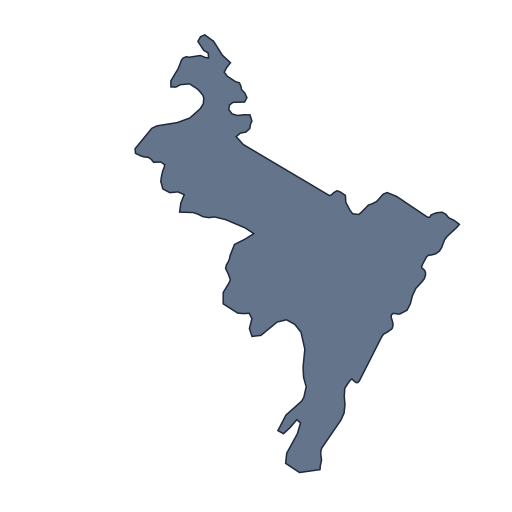 the State of Ogun, rotated 211°
{"feature_id": "NGA-2852", "entity_name": "Ogun", "entity_type": "State", "adm_level": 1, "iso_a3": "NGA", "parent_name": "Nigeria", "parent_adm1": "", "projection": "natural_earth1", "projection_center": [3.522, 7.137], "detail": "fine", "context": "isolated", "style": "filled", "palette": "slate", "viewbox_px": 512, "rotation_deg": 211, "n_neighbors": 0, "source": "natural_earth", "source_scale": "10m", "svg_char_len": 2686}
<svg xmlns="http://www.w3.org/2000/svg" viewBox="0 0 512 512"><g transform="rotate(211 256 256)"><path d="M110.3,200.0L110.8,199.6L111.0,198.5L111.4,196.7L111.8,188.4L108.0,181.1L103.0,174.1L99.6,166.7L98.7,158.9L99.1,152.4L100.7,125.6L100.2,122.7L98.7,119.9L94.6,114.6L92.7,108.9L91.3,106.4L91.2,105.7L92.3,104.9L107.2,92.8L123.8,93.5L128.1,102.8L129.0,125.0L131.9,135.9L136.7,136.7L138.4,126.5L140.9,117.8L147.3,117.6L148.4,135.1L142.1,155.3L142.2,159.4L145.6,169.7L152.8,176.6L158.4,184.9L166.1,201.2L178.1,213.8L187.5,217.4L197.1,217.0L203.9,210.2L210.9,190.5L218.0,185.0L224.3,190.4L227.2,200.1L232.3,203.4L237.2,200.1L242.4,197.6L259.5,198.1L265.3,207.8L265.3,218.9L265.7,222.3L270.7,226.5L275.7,229.7L276.8,233.1L276.8,236.9L277.3,240.0L278.4,242.9L280.4,254.8L274.1,264.8L269.4,274.0L279.7,274.5L300.9,271.5L311.5,268.2L316.2,264.6L321.7,262.4L326.8,262.0L332.0,261.0L344.1,254.3L347.7,262.6L349.1,271.6L356.0,270.7L362.5,265.9L370.4,265.5L376.1,271.0L378.2,276.0L379.8,281.1L380.3,284.3L381.2,287.2L386.0,287.5L392.1,283.6L395.7,284.9L399.4,285.1L402.2,283.6L405.3,282.6L412.2,281.9L414.9,285.7L411.1,311.7L407.8,316.7L392.3,329.7L383.8,340.2L379.7,353.4L379.6,359.4L382.1,364.5L384.4,366.4L389.9,368.4L392.7,369.0L401.6,369.3L409.0,364.0L411.7,359.5L416.0,357.1L419.2,362.3L419.2,376.4L420.8,385.7L420.3,388.3L418.4,390.9L415.7,391.9L407.0,399.2L401.4,400.1L398.7,401.4L401.6,405.4L406.7,405.3L416.3,410.0L416.5,415.4L413.8,419.2L403.5,418.2L403.3,418.4L388.3,410.8L377.4,408.5L377.5,408.0L378.2,402.5L377.9,397.2L373.2,395.3L363.4,394.9L359.4,395.9L356.5,393.9L354.2,391.3L349.3,389.8L345.3,387.0L345.1,382.1L354.9,375.8L356.5,371.7L354.7,367.5L349.8,365.5L344.2,366.9L339.0,370.9L333.8,373.9L328.9,369.4L328.8,366.9L327.0,362.0L328.5,357.0L332.7,353.3L334.5,348.1L324.3,345.0L224.2,345.6L222.7,347.4L222.1,350.2L220.1,353.7L216.7,354.3L210.6,354.0L206.6,348.2L198.8,343.5L194.8,342.0L189.4,344.5L188.3,347.3L185.9,357.5L183.2,360.8L180.7,364.9L178.8,374.6L176.3,377.9L166.2,379.5L128.9,377.6L127.0,378.7L127.1,381.4L123.8,385.8L119.2,389.3L114.9,389.6L110.5,388.0L104.7,388.6L99.0,388.0L98.0,387.9L98.6,383.8L99.2,381.9L102.3,371.2L102.7,367.0L101.2,358.6L101.3,354.5L103.2,350.3L106.3,347.1L108.5,345.5L109.4,343.2L108.9,334.1L108.5,332.0L107.5,331.1L105.4,330.9L103.6,330.3L102.2,329.1L100.9,327.1L100.0,323.2L100.5,318.9L102.3,310.5L101.4,302.2L99.1,294.6L98.6,287.3L103.0,280.2L105.0,279.1L107.2,278.3L109.0,277.3L109.6,275.1L108.6,273.2L104.1,269.0L102.7,266.8L102.0,264.2L102.2,262.9L102.9,261.5L104.5,257.8L105.9,255.7L106.5,253.8L106.6,251.1L103.1,202.2L103.5,200.0L104.8,199.1L106.6,199.1L110.3,200.0Z" fill="#64748b" stroke="#1e293b" stroke-width="1.5"/></g></svg>